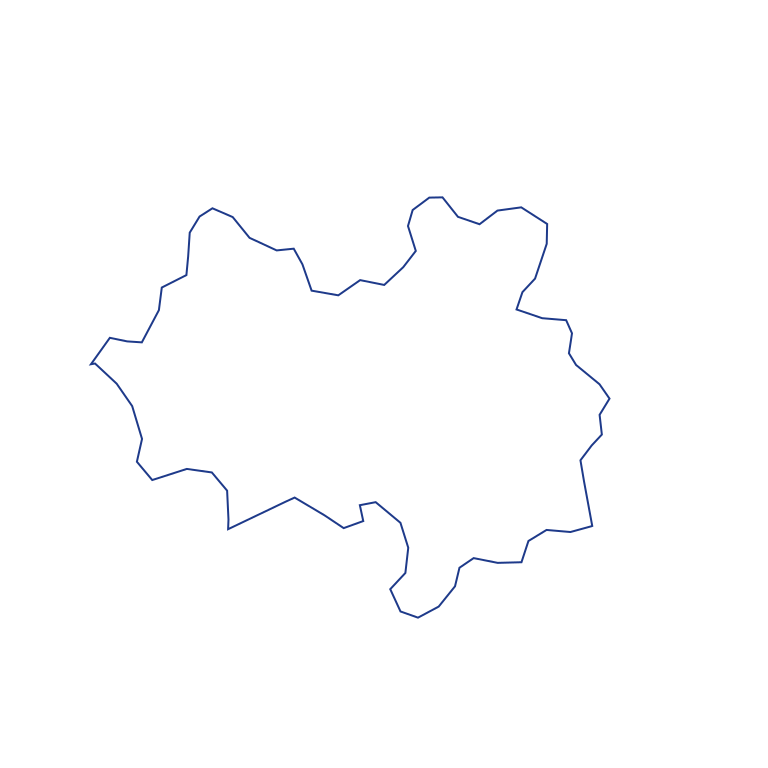 outline of Haman-gun, South Gyeongsang, South Korea, rotated 223°
{"feature_id": "91817680B30389585516178", "entity_name": "Haman-gun", "entity_type": "district", "adm_level": 2, "iso_a3": "KOR", "parent_name": "South Korea", "parent_adm1": "South Gyeongsang", "projection": "robinson", "projection_center": [128.43, 35.28], "detail": "fine", "context": "isolated", "style": "outline", "palette": "blue", "viewbox_px": 768, "rotation_deg": 223, "n_neighbors": 0, "source": "geoboundaries", "source_scale": "gbopen_adm2", "svg_char_len": 1174}
<svg xmlns="http://www.w3.org/2000/svg" viewBox="0 0 768 768"><g transform="rotate(223 384 384)"><path d="M399.0,171.5L375.7,230.8L371.9,240.0L337.9,247.4L315.2,251.1L305.7,269.6L319.0,278.9L309.5,291.9L277.3,293.7L254.6,280.8L239.5,260.4L239.5,238.2L216.8,228.9L199.8,236.3L192.2,258.5L194.1,284.5L203.5,301.1L199.7,317.8L178.9,330.7L161.9,347.4L171.3,367.7L165.6,388.1L146.7,402.9L135.3,421.4L134.9,422.2L171.3,449.2L188.3,462.2L190.2,480.7L190.2,495.6L205.3,508.5L209.1,527.1L226.2,530.8L256.5,528.9L269.7,532.6L276.7,542.9L281.1,549.3L294.3,554.9L313.2,540.0L337.9,528.9L345.4,545.6L345.4,564.1L360.6,597.5L373.8,612.3L404.1,606.8L419.3,588.2L423.1,566.0L443.9,556.7L468.5,560.4L478.0,551.2L481.7,530.8L474.2,515.9L451.5,503.0L449.6,482.6L451.4,456.6L472.3,443.7L477.9,417.7L500.6,402.9L525.3,415.9L542.3,421.4L553.6,408.5L582.0,399.2L608.5,402.9L629.3,395.5L633.1,380.7L629.3,362.2L614.2,343.7L602.8,328.9L612.3,303.0L599.0,284.5L589.5,249.3L600.9,240.0L616.0,230.8L611.8,198.6L609.3,201.9L579.7,201.9L553.1,196.1L523.5,178.8L511.7,158.6L488.0,155.7L470.3,187.4L449.6,201.9L426.0,199.0L405.3,178.8L399.0,171.5Z" fill="none" stroke="#1e3a8a" stroke-width="2"/></g></svg>